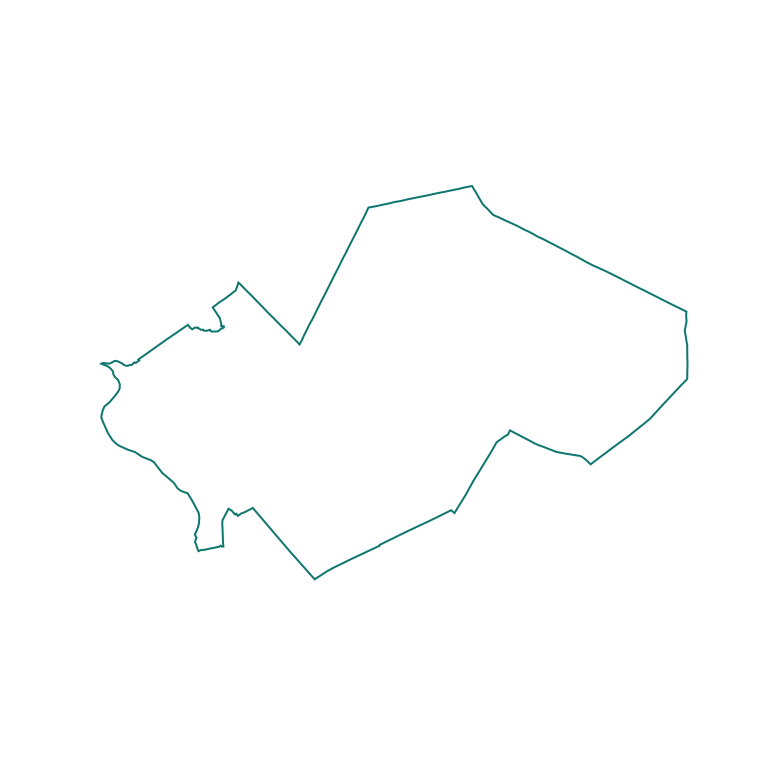 the district of Nadlac, Arad, Romania, rotated 39°
{"feature_id": "2599482B59122351602486", "entity_name": "Nadlac", "entity_type": "district", "adm_level": 2, "iso_a3": "ROU", "parent_name": "Romania", "parent_adm1": "Arad", "projection": "equal_earth", "projection_center": [20.774, 46.211], "detail": "fine", "context": "isolated", "style": "outline", "palette": "teal", "viewbox_px": 768, "rotation_deg": 39, "n_neighbors": 0, "source": "geoboundaries", "source_scale": "gbopen_adm2", "svg_char_len": 4341}
<svg xmlns="http://www.w3.org/2000/svg" viewBox="0 0 768 768"><g transform="rotate(39 384 384)"><path d="M331.5,619.9L333.4,620.8L334.6,621.2L334.5,621.4L335.3,622.5L335.9,624.1L336.1,624.6L336.9,626.0L338.4,626.5L340.3,627.9L343.2,629.7L345.1,630.6L345.6,629.5L346.2,628.4L348.1,626.5L349.1,625.5L352.9,620.7L358.2,614.4L358.8,612.4L360.5,612.3L361.5,611.4L358.3,608.1L354.4,603.6L350.5,599.1L346.0,594.1L344.2,591.5L343.7,588.7L341.7,578.8L345.4,578.3L349.3,579.0L350.5,579.1L350.9,577.7L353.5,578.4L354.6,574.2L356.2,571.8L356.6,570.8L360.1,562.9L416.0,573.3L453.0,579.4L457.5,565.7L460.0,559.4L468.5,541.1L482.3,512.5L481.9,511.7L495.2,483.0L502.1,468.8L506.1,460.5L515.6,439.9L520.0,439.9L519.9,439.5L517.3,419.3L514.4,402.7L512.0,384.4L510.2,370.7L508.2,358.4L510.7,349.0L512.2,345.1L511.1,340.8L535.4,335.9L538.8,335.3L542.8,334.2L547.5,332.5L550.1,331.7L557.4,329.4L560.3,328.4L562.7,327.2L568.3,324.2L575.8,319.9L581.8,316.4L583.8,316.0L588.1,315.8L595.1,316.4L601.4,291.1L606.6,271.4L607.2,268.9L612.6,243.7L613.7,225.2L615.6,199.0L616.1,194.2L616.3,191.2L616.5,189.4L616.2,188.9L612.7,184.5L609.0,179.6L605.8,175.7L602.6,172.0L598.9,167.5L595.3,163.1L591.3,159.6L588.0,156.6L584.2,153.4L581.9,149.0L579.7,144.9L576.2,141.2L573.4,137.4L573.2,137.5L566.9,138.9L560.6,140.4L554.6,141.7L548.3,143.1L542.4,144.3L536.1,145.7L530.0,147.0L523.8,148.4L517.9,149.7L511.3,151.1L505.3,152.4L499.0,153.7L491.4,155.4L485.2,156.8L478.3,158.6L472.0,160.3L466.0,161.6L459.7,162.7L453.6,163.7L447.3,165.1L440.9,166.2L435.0,167.5L428.7,168.7L422.7,170.0L416.6,171.2L414.4,171.8L410.4,172.8L405.8,173.5L399.4,174.8L395.7,175.8L388.0,177.3L382.0,178.8L375.7,180.5L369.1,182.0L365.8,183.0L362.3,183.9L354.9,182.9L347.7,182.2L343.2,180.5L338.7,178.8L335.6,177.5L331.4,176.1L328.0,174.7L326.1,176.7L322.7,180.9L319.6,185.0L316.3,188.9L312.8,193.2L309.8,196.9L306.6,200.7L303.4,204.6L300.6,208.2L297.3,212.2L295.2,214.7L290.9,219.9L286.8,224.8L283.8,228.7L281.2,232.0L277.7,235.9L275.1,239.4L272.4,242.8L270.6,244.9L267.4,249.0L264.1,253.0L260.9,256.7L261.3,258.4L261.7,259.8L262.7,263.9L263.9,269.4L265.0,274.8L266.4,280.9L267.4,285.7L268.6,291.3L269.7,296.7L270.9,302.1L272.2,307.7L272.5,309.8L273.4,314.0L274.5,318.7L275.6,323.9L276.8,329.6L277.2,331.7L278.0,335.0L279.2,340.6L279.6,342.2L280.4,346.1L281.7,351.5L282.7,356.9L283.9,362.5L285.1,368.0L286.4,373.4L287.6,378.8L288.5,384.4L289.8,389.9L290.9,394.9L290.9,395.2L292.4,400.9L293.5,406.4L290.4,406.0L287.1,405.6L283.8,405.3L281.2,405.0L275.0,404.2L268.8,403.7L262.7,403.0L259.8,402.7L258.2,402.5L256.1,402.2L254.4,402.1L250.5,401.7L247.0,401.3L243.0,400.8L241.2,400.5L240.5,400.5L236.4,400.0L231.8,399.5L225.6,398.7L219.4,398.1L213.1,397.4L209.5,396.9L207.0,396.8L208.7,401.1L209.8,404.5L208.6,410.0L207.1,416.2L205.5,421.7L204.8,423.3L203.9,427.4L202.7,432.2L203.6,432.6L207.7,433.8L212.3,435.3L215.1,436.2L218.6,439.0L220.3,440.1L221.0,441.4L223.2,440.0L223.8,440.5L223.9,441.0L223.4,442.3L222.8,443.2L222.4,444.7L222.1,445.9L221.9,447.2L221.1,448.3L218.2,450.8L217.0,451.7L216.0,451.9L215.0,451.8L214.8,451.4L214.4,451.7L214.1,452.3L213.4,453.5L212.6,454.3L210.2,456.0L209.1,455.7L208.2,456.7L207.4,457.1L205.3,457.3L203.8,457.4L203.8,457.9L203.0,458.0L201.4,459.4L201.0,460.9L200.6,462.2L199.8,462.2L198.2,462.3L194.9,461.5L194.4,461.4L192.5,467.7L191.1,472.8L189.6,477.6L188.2,482.4L187.0,486.2L186.2,489.4L184.8,494.1L184.1,496.6L182.2,503.5L181.7,505.2L180.2,510.7L179.3,513.8L177.7,519.5L179.0,519.8L177.7,524.0L176.7,524.1L176.5,524.5L176.2,524.8L176.2,526.7L175.6,528.4L174.1,529.8L174.0,530.0L173.2,531.3L171.6,532.4L170.3,532.7L167.4,532.9L165.7,533.3L164.1,533.6L163.4,533.8L161.1,534.7L160.6,535.2L160.1,535.7L159.0,538.5L158.2,540.3L157.3,541.4L153.3,543.9L152.6,544.4L152.0,545.1L151.8,545.4L151.7,545.6L151.5,546.2L154.3,545.3L158.2,544.1L162.2,544.0L165.4,544.8L167.6,546.8L170.4,547.9L174.6,548.1L178.9,550.5L181.4,553.8L182.1,556.7L182.4,561.3L182.2,570.4L180.9,577.6L182.2,581.9L183.6,584.9L184.9,587.4L188.6,589.9L200.5,595.9L207.9,598.4L212.3,598.9L216.8,598.7L226.2,596.3L233.3,593.6L241.9,592.8L246.7,591.3L250.6,590.0L254.3,589.5L267.6,592.7L276.1,592.8L282.9,593.1L288.8,594.9L292.4,595.0L295.6,594.2L300.2,592.5L309.1,595.7L315.0,598.2L320.9,600.7L324.3,603.7L327.8,608.6L329.6,612.3L331.3,618.1L331.5,619.9Z" fill="none" stroke="#0f766e" stroke-width="2"/></g></svg>